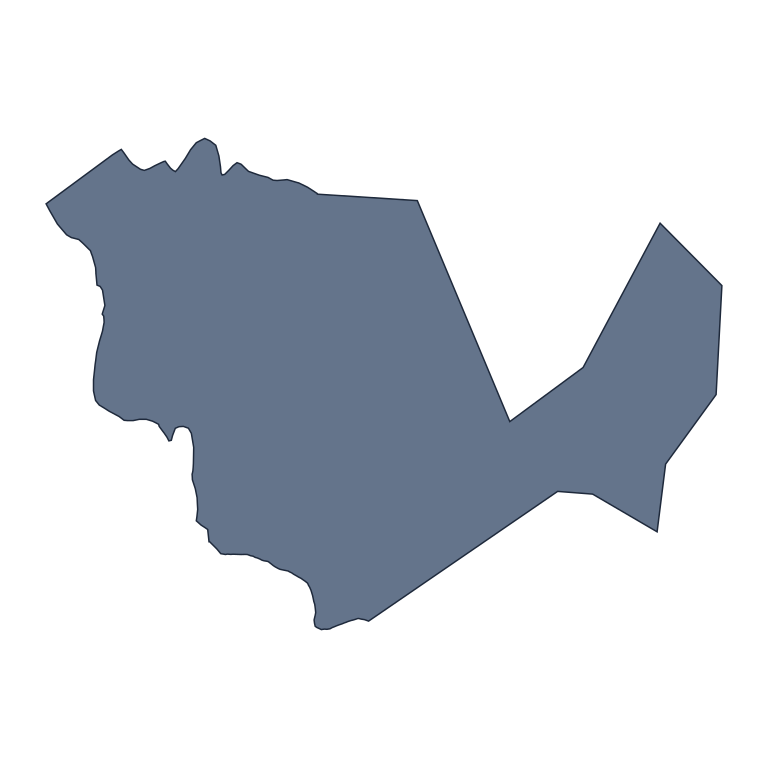 Sarot, Anse-la-Raye, Saint Lucia
{"feature_id": "8701671B47130122414504", "entity_name": "Sarot", "entity_type": "district", "adm_level": 2, "iso_a3": "LCA", "parent_name": "Saint Lucia", "parent_adm1": "Anse-la-Raye", "projection": "natural_earth1", "projection_center": [-60.988, 13.942], "detail": "fine", "context": "isolated", "style": "filled", "palette": "slate", "viewbox_px": 768, "rotation_deg": 0, "n_neighbors": 0, "source": "geoboundaries", "source_scale": "gbopen_adm2", "svg_char_len": 3075}
<svg xmlns="http://www.w3.org/2000/svg" viewBox="0 0 768 768"><path d="M209.0,541.7L209.5,541.6L216.8,548.9L220.8,553.7L223.4,554.1L225.4,554.5L227.5,554.1L230.8,554.4L232.9,554.2L241.0,554.5L245.1,554.4L247.4,554.5L250.5,555.7L253.1,556.2L255.2,557.4L257.2,557.9L260.0,559.1L262.0,560.2L264.1,560.8L266.6,561.2L268.3,561.6L269.5,562.6L271.2,563.9L273.3,565.6L275.1,566.8L278.4,568.6L280.0,569.3L282.3,569.8L284.7,570.3L288.1,571.0L289.4,571.8L291.6,572.8L293.6,574.2L296.6,575.9L298.6,577.1L300.8,578.2L302.5,579.4L305.1,581.2L307.6,583.2L308.5,585.3L309.6,587.1L311.0,590.3L311.9,593.3L312.6,595.6L313.2,598.4L313.8,601.4L314.7,604.2L315.0,606.2L315.3,608.6L315.7,612.6L315.2,615.3L314.6,617.7L314.1,620.0L314.5,623.2L315.2,626.3L316.9,627.5L319.3,628.6L321.4,629.6L322.4,629.4L324.5,629.1L326.9,629.3L330.0,628.8L332.3,627.5L334.2,626.8L336.3,625.9L338.9,624.9L342.2,623.8L344.3,622.9L346.1,622.3L347.7,621.6L351.1,620.5L353.2,620.0L355.5,619.3L357.5,618.6L358.8,618.5L361.1,619.1L363.7,619.5L364.4,619.6L368.6,621.1L557.6,491.4L592.6,494.1L657.1,531.8L665.6,464.1L716.1,394.6L721.9,285.6L660.1,223.2L613.7,310.1L583.1,367.5L509.8,421.6L417.3,200.6L317.8,194.2L317.3,194.1L317.2,193.5L315.6,192.5L314.6,191.8L307.5,187.2L298.7,182.9L297.8,182.7L287.1,179.6L284.4,179.9L277.1,180.5L273.1,180.2L268.0,177.4L259.3,175.2L248.6,171.4L248.0,170.9L244.9,167.9L241.2,164.3L239.8,163.7L237.0,162.7L233.1,165.6L228.9,170.2L224.7,174.4L222.1,175.0L221.8,174.4L221.0,172.8L220.8,170.6L220.5,166.9L218.9,156.0L215.8,145.3L210.1,140.9L204.7,138.4L200.1,140.7L199.0,141.3L196.3,142.7L191.3,148.8L190.5,149.8L189.8,151.0L185.2,158.6L178.1,168.7L175.4,171.6L172.7,170.1L171.7,169.2L170.5,168.2L167.1,163.8L165.7,161.8L165.3,161.2L164.7,161.3L163.8,161.5L160.7,162.9L154.8,165.7L149.9,168.4L147.7,169.2L144.3,170.4L142.6,169.9L140.5,169.3L132.6,164.1L128.8,159.9L123.8,152.7L121.3,149.4L118.2,151.2L112.4,154.9L46.1,203.8L46.4,204.4L49.8,210.8L57.4,224.0L59.5,226.5L66.6,234.8L71.4,237.6L72.7,237.9L78.8,239.5L81.9,242.3L83.5,243.8L89.0,249.3L90.4,250.6L91.5,253.8L92.5,256.4L95.6,267.5L95.9,272.2L95.9,273.4L96.2,276.4L97.0,285.1L98.9,285.9L100.1,286.4L100.7,287.3L102.5,290.1L104.6,303.6L104.9,305.5L102.2,314.1L103.7,316.1L104.0,319.7L104.1,322.5L103.2,327.2L102.5,331.1L101.1,335.8L99.6,340.7L98.3,345.9L96.7,352.4L95.8,359.7L95.1,364.7L94.5,370.6L93.5,379.8L93.5,390.9L94.4,395.1L95.6,400.5L98.1,403.6L99.3,405.1L103.5,407.6L109.3,411.3L119.1,416.5L124.1,420.3L125.5,420.4L127.5,420.6L133.1,420.6L139.4,419.3L146.3,419.3L152.6,421.2L155.2,422.5L158.6,424.3L159.2,426.4L162.5,430.9L163.1,431.7L163.9,432.7L166.8,436.9L167.2,437.6L168.9,440.9L171.3,440.3L171.5,439.6L172.6,435.4L175.3,428.3L178.9,426.7L180.3,426.6L183.4,426.4L188.4,428.2L191.3,433.2L191.6,434.8L193.7,447.4L193.6,452.8L193.4,463.4L193.2,467.2L192.9,470.8L192.5,472.7L192.1,474.2L192.3,477.4L192.4,479.8L194.1,485.0L195.3,488.7L197.1,497.7L197.4,504.2L197.7,509.4L196.9,516.8L196.3,520.8L200.0,524.1L201.1,525.1L201.9,525.6L205.0,527.6L207.7,529.5L209.0,541.7Z" fill="#64748b" stroke="#1e293b" stroke-width="1.5"/></svg>